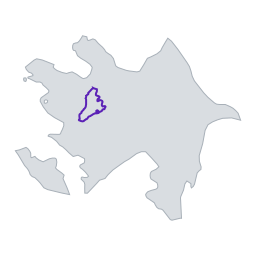 Goranboy District, Goranboy, Azerbaijan (highlighted)
{"feature_id": "54616110B75141866412524", "entity_name": "Goranboy District", "entity_type": "district", "adm_level": 2, "iso_a3": "AZE", "parent_name": "Azerbaijan", "parent_adm1": "Goranboy", "projection": "equal_earth", "projection_center": [46.678, 40.575], "detail": "fine", "context": "in_parent", "style": "outline", "palette": "violet", "viewbox_px": 256, "rotation_deg": 0, "n_neighbors": 0, "source": "geoboundaries", "source_scale": "gbopen_adm2", "svg_char_len": 5215}
<svg xmlns="http://www.w3.org/2000/svg" viewBox="0 0 256 256"><path d="M181.5,218.3L180.3,218.2L172.0,220.2L170.3,219.6L163.0,210.2L161.6,209.2L158.5,208.7L156.7,207.2L155.2,204.7L154.4,202.8L147.0,197.8L145.9,195.9L145.7,194.3L146.8,192.8L148.0,191.6L151.6,190.3L155.8,189.2L157.1,188.4L157.8,187.1L157.7,184.9L157.0,182.8L151.0,179.0L150.3,177.3L150.1,175.3L150.4,173.1L151.4,171.5L156.2,169.2L158.9,166.8L157.2,164.2L151.9,158.3L145.6,151.7L141.4,151.7L136.6,153.6L128.9,159.2L124.6,161.6L119.1,165.5L113.0,169.9L108.1,174.6L105.0,178.5L99.5,180.2L96.7,183.4L87.4,193.2L84.8,193.1L84.7,188.2L84.8,184.4L84.2,182.2L81.2,179.2L81.2,177.9L82.0,177.0L84.3,177.5L87.2,177.4L88.6,176.2L85.5,172.2L82.7,169.5L80.3,167.7L79.8,166.7L79.8,165.9L80.3,165.0L84.3,162.8L84.7,160.8L84.5,158.6L78.0,155.2L73.2,156.5L68.9,152.8L66.1,149.9L62.6,146.8L59.6,145.1L56.6,141.3L51.5,137.3L48.2,136.2L48.2,135.6L48.8,134.8L50.2,134.2L59.4,134.4L60.5,133.7L61.1,132.0L62.4,129.4L63.8,125.7L63.7,122.6L54.5,117.6L47.9,113.0L43.3,106.9L40.2,101.3L40.3,99.4L41.2,97.7L48.4,92.6L48.9,91.2L48.7,90.3L46.2,87.7L43.0,85.0L42.0,83.1L40.0,82.0L36.2,82.0L29.5,78.7L28.1,78.3L27.8,77.7L28.1,77.0L32.9,75.7L32.9,74.6L31.4,73.1L28.7,72.1L26.3,69.4L25.4,67.1L34.1,60.1L36.7,58.8L42.3,60.0L54.0,64.6L53.2,67.2L54.4,68.6L57.0,70.5L62.2,72.5L66.6,73.5L68.8,72.7L72.1,71.9L76.5,74.2L80.5,77.1L82.5,78.3L83.6,78.6L86.7,77.7L90.3,73.9L91.8,69.4L92.2,67.3L90.0,64.3L85.6,61.1L80.7,58.2L77.5,55.7L75.5,50.8L73.5,50.3L73.0,49.6L72.6,47.9L72.7,45.6L73.4,43.8L75.4,43.0L77.5,42.7L79.3,41.0L81.6,37.6L82.5,35.8L86.8,36.8L87.4,39.8L88.2,40.5L89.9,40.1L92.9,38.9L95.2,39.8L98.3,43.4L102.5,47.2L104.7,49.8L105.6,51.6L107.8,53.3L110.9,55.3L113.4,58.5L115.7,65.8L117.9,67.5L126.1,70.3L128.9,70.9L136.9,71.9L139.7,71.2L143.7,64.8L147.4,58.3L150.8,56.9L157.0,53.8L160.7,50.8L162.2,47.6L165.7,41.6L167.8,38.2L171.5,41.2L177.9,49.4L187.1,62.7L189.4,66.5L190.9,70.9L192.2,76.2L194.4,80.9L203.7,92.8L207.8,97.2L214.4,102.9L216.7,104.2L219.7,104.5L225.3,104.5L230.5,106.8L233.1,108.3L235.7,110.6L238.1,113.2L240.6,120.2L231.6,117.9L222.6,118.3L217.6,119.8L212.7,121.8L208.0,124.7L205.1,130.4L202.7,143.5L199.2,155.7L199.4,161.4L201.1,166.9L200.9,169.5L199.3,170.6L197.2,172.9L194.5,184.2L193.2,186.5L191.4,187.9L190.9,186.6L190.9,183.6L186.9,181.0L184.9,183.9L183.5,190.1L180.7,196.7L180.5,198.0L181.5,218.3ZM47.3,102.5L47.7,100.7L46.5,99.9L45.3,99.9L44.3,100.8L44.3,103.0L45.7,103.3L47.3,102.5ZM17.3,153.5L16.0,151.7L15.4,150.7L19.4,149.9L26.0,147.4L27.8,148.6L29.7,151.1L30.7,153.2L30.8,157.1L31.6,157.7L34.9,156.4L36.3,158.0L38.8,159.9L43.1,161.8L49.3,158.8L52.4,158.1L55.0,158.1L56.3,159.1L56.8,162.1L56.3,165.9L55.5,167.9L56.8,169.4L61.9,173.1L64.1,175.1L63.0,178.6L66.8,187.2L68.1,190.5L69.6,194.6L61.7,193.0L47.7,189.6L43.9,187.8L40.2,183.0L38.1,180.7L34.9,177.7L32.2,176.6L30.2,174.6L29.1,171.5L27.5,168.8L24.6,165.5L18.1,154.6L17.3,153.5ZM26.2,80.9L25.4,81.5L24.0,80.9L23.6,79.5L23.8,78.1L25.1,77.8L26.1,78.2L26.4,79.5L26.2,80.9Z" fill="#d9dde1" stroke="#a8b0b8" stroke-width="1"/><path d="M96.9,89.3L96.7,89.2L94.3,88.5L93.3,88.0L93.4,88.3L92.1,88.8L90.3,90.8L89.4,91.7L88.9,92.2L88.2,93.0L88.4,93.7L88.2,94.2L87.8,94.5L87.5,94.6L86.7,95.3L86.4,95.7L86.1,95.8L86.2,96.5L86.1,97.2L85.9,97.9L85.6,98.3L85.9,98.8L86.1,99.5L86.1,100.5L86.1,100.9L86.1,101.9L86.1,103.2L86.1,104.5L85.9,105.4L85.8,106.3L85.4,107.5L85.0,107.9L84.8,108.3L84.6,108.5L84.2,108.9L83.8,109.1L83.6,109.7L83.3,110.1L83.1,110.2L82.7,110.6L82.3,111.1L82.0,111.4L81.6,111.7L81.6,112.3L81.4,112.9L81.0,113.2L80.6,113.5L79.9,114.1L79.6,114.4L79.4,115.1L79.4,115.8L79.4,116.5L79.5,117.4L79.7,118.3L79.7,118.8L79.5,119.0L79.2,119.3L79.0,119.6L78.9,120.0L79.1,120.3L79.5,120.4L79.9,120.6L80.1,120.6L80.4,120.8L80.8,121.0L81.3,121.1L81.7,121.2L82.2,121.3L82.8,121.3L83.3,121.2L83.7,120.9L84.1,120.8L84.4,120.4L84.7,120.1L85.2,119.9L85.6,119.6L86.0,119.2L86.7,119.1L87.0,118.8L87.5,118.4L87.8,117.7L88.1,117.4L88.3,117.0L88.7,116.6L89.4,116.4L89.8,116.2L90.5,116.0L90.9,115.6L91.4,115.3L91.9,115.1L92.4,114.7L92.7,114.4L93.3,114.2L93.9,113.8L94.3,113.7L94.6,113.5L95.1,113.3L95.6,113.4L96.1,113.3L97.0,113.3L97.5,113.2L97.9,113.1L98.5,113.0L98.8,112.6L98.8,112.4L99.6,112.1L100.0,111.8L100.5,111.5L100.9,111.4L101.6,111.1L101.9,110.7L102.3,110.2L102.5,109.6L103.1,109.4L103.3,109.2L103.9,109.1L104.4,109.1L104.6,108.5L104.9,108.0L105.3,107.3L105.5,106.7L105.1,106.2L104.6,106.1L103.7,106.2L103.3,106.3L102.7,106.4L102.3,106.1L102.0,105.6L101.8,105.0L101.9,104.1L102.1,103.4L102.2,102.8L102.5,102.2L102.5,101.6L102.3,101.1L102.1,100.9L101.4,100.5L101.6,100.5L100.9,100.3L100.3,100.1L99.7,100.1L99.1,100.7L98.6,100.9L97.9,101.2L97.4,100.9L97.4,100.3L97.5,99.5L97.9,98.9L98.2,98.6L98.7,98.3L99.1,98.0L99.4,97.7L99.5,97.3L99.4,96.7L99.0,96.4L98.6,96.2L98.1,96.0L97.6,95.9L97.1,95.7L96.5,95.5L96.2,95.3L95.9,94.9L95.9,94.4L95.9,93.9L96.0,93.4L96.2,92.8L96.3,92.5L96.6,92.1L96.8,91.4L96.9,90.9L96.9,90.4L96.8,89.6L96.9,89.3ZM97.2,110.3L97.5,110.4L98.0,110.7L98.2,110.9L98.4,111.2L98.4,111.6L98.2,111.9L98.1,112.0L97.9,112.2L97.4,112.4L97.0,112.4L96.7,112.2L96.4,111.9L96.4,111.6L96.3,111.3L96.3,111.2L96.3,110.9L96.5,110.7L96.8,110.5L97.2,110.3L97.2,110.3Z" fill="none" stroke="#5b21b6" stroke-width="2"/></svg>